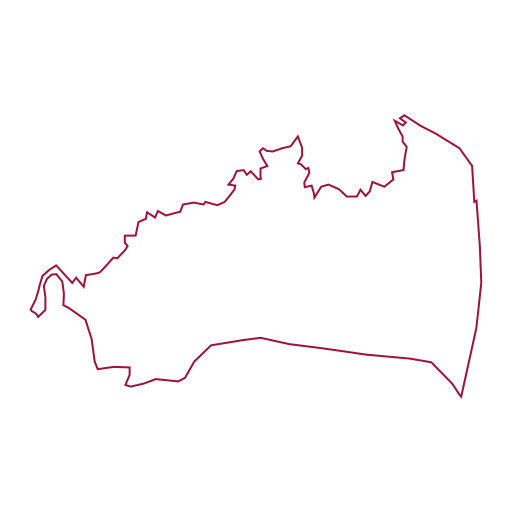 the district of Garr-Bain, Nimba, Liberia
{"feature_id": "62588387B82144239475407", "entity_name": "Garr-Bain", "entity_type": "district", "adm_level": 2, "iso_a3": "LBR", "parent_name": "Liberia", "parent_adm1": "Nimba", "projection": "robinson", "projection_center": [-8.959, 7.219], "detail": "fine", "context": "isolated", "style": "outline", "palette": "rose", "viewbox_px": 512, "rotation_deg": 0, "n_neighbors": 0, "source": "geoboundaries", "source_scale": "gbopen_adm2", "svg_char_len": 2378}
<svg xmlns="http://www.w3.org/2000/svg" viewBox="0 0 512 512"><path d="M461.2,396.7L476.3,328.2L478.5,308.5L481.3,282.6L481.0,275.9L480.2,255.0L479.9,247.4L479.6,243.0L476.5,200.6L474.3,201.9L474.2,200.5L473.3,185.3L472.1,165.9L459.5,148.3L447.7,141.0L436.2,133.9L420.7,125.9L404.4,115.3L399.9,118.3L405.8,122.5L402.9,125.4L394.8,120.8L398.1,128.3L402.6,136.5L402.6,141.7L406.7,146.8L404.5,159.4L403.5,170.1L392.1,172.2L393.3,179.5L384.3,186.7L372.4,182.0L369.7,191.4L367.2,194.1L365.6,196.0L360.5,189.8L356.9,196.5L351.8,196.5L346.8,196.5L339.1,189.3L334.6,187.3L328.5,184.6L321.2,186.7L314.4,197.6L314.1,195.0L313.9,193.4L311.6,185.6L304.8,187.2L304.3,182.5L309.4,172.7L309.2,171.9L308.4,168.0L305.7,169.1L301.1,164.4L297.9,163.4L302.1,155.6L302.1,147.8L297.9,136.4L290.6,146.3L281.9,148.3L272.8,151.5L266.9,150.9L262.8,148.3L259.6,151.5L263.2,159.2L267.3,166.0L260.5,168.5L260.5,176.8L260.9,178.9L260.4,179.0L258.2,179.4L257.0,178.1L254.1,174.8L250.6,171.4L246.8,174.8L243.6,170.1L236.7,171.1L233.5,178.4L228.5,184.6L235.3,185.6L234.4,189.6L230.4,194.8L224.7,201.9L219.7,204.2L217.3,205.2L206.3,202.2L205.3,201.9L203.6,204.5L198.9,203.6L193.9,202.6L192.7,202.8L190.0,203.3L187.5,203.7L183.0,204.5L180.2,211.7L179.7,211.8L165.9,215.5L157.9,211.0L155.0,217.5L147.0,212.3L145.9,218.8L138.5,222.0L135.6,235.6L130.2,235.6L124.8,235.6L124.8,242.7L127.6,246.0L125.3,249.9L120.4,255.0L117.4,258.3L113.4,257.6L105.9,266.0L101.4,270.7L99.6,272.5L94.5,273.8L85.9,275.1L83.7,286.8L76.2,277.7L72.2,282.9L56.2,265.4L50.0,269.3L42.5,275.8L39.5,285.7L39.5,285.8L38.9,288.8L36.5,296.7L35.7,299.4L31.1,308.6L30.7,309.4L31.6,311.0L35.7,313.4L35.9,313.6L36.7,314.6L38.0,316.1L37.5,317.5L45.4,309.9L45.4,299.7L45.4,297.2L43.8,286.0L46.9,278.9L51.7,274.6L56.4,274.2L62.3,281.6L63.9,293.6L63.8,296.5L63.4,305.2L69.0,308.1L85.4,319.7L86.6,323.4L89.8,333.4L91.6,338.9L92.6,346.3L94.7,361.6L97.7,369.2L106.6,367.9L113.6,366.9L129.6,367.4L129.6,371.4L129.6,375.0L125.4,384.9L130.6,386.6L143.4,383.7L146.7,382.5L155.7,379.1L178.3,381.4L185.0,377.9L187.4,373.6L192.5,364.7L194.2,361.6L211.1,345.3L222.3,343.5L224.7,343.1L242.9,340.1L255.4,338.5L260.9,337.8L264.8,338.7L289.6,344.2L296.5,345.0L297.8,345.2L322.5,348.3L346.3,351.7L366.6,354.7L373.6,355.3L408.7,358.5L411.2,358.8L422.7,360.8L431.3,362.3L450.2,381.6L452.3,383.8L460.0,395.4L461.2,396.7Z" fill="none" stroke="#9f1239" stroke-width="2"/></svg>